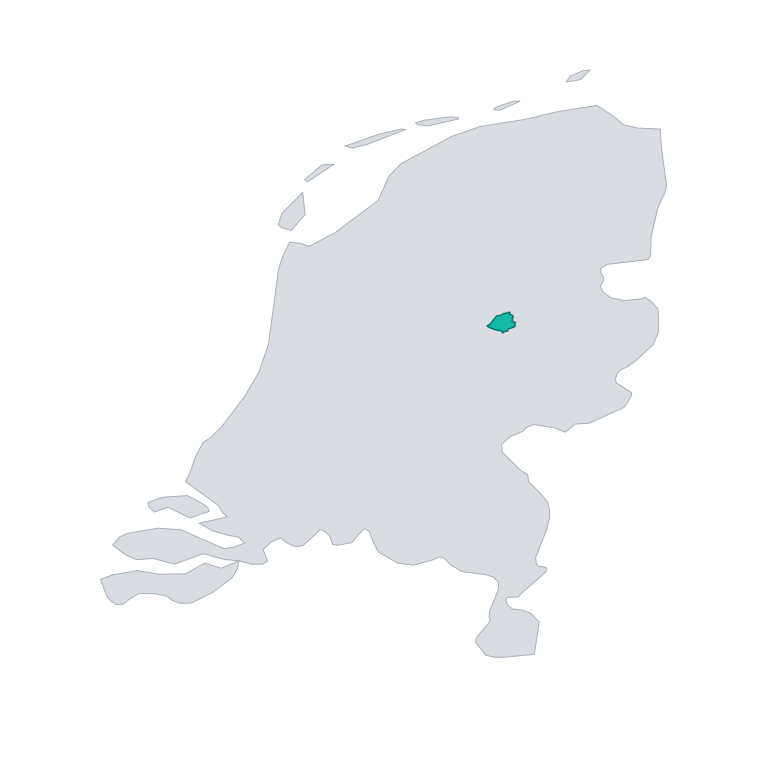 Heerde, Gelderland, Netherlands (highlighted), rotated 353°
{"feature_id": "6326949B25079542820913", "entity_name": "Heerde", "entity_type": "district", "adm_level": 2, "iso_a3": "NLD", "parent_name": "Netherlands", "parent_adm1": "Gelderland", "projection": "equal_earth", "projection_center": [6.06, 52.406], "detail": "fine", "context": "in_parent", "style": "filled", "palette": "teal", "viewbox_px": 768, "rotation_deg": 353, "n_neighbors": 0, "source": "geoboundaries", "source_scale": "gbopen_adm2", "svg_char_len": 6004}
<svg xmlns="http://www.w3.org/2000/svg" viewBox="0 0 768 768"><g transform="rotate(353 384 384)"><path d="M500.3,670.6L484.0,670.2L468.8,669.8L460.7,668.7L452.1,665.7L448.2,659.3L443.5,651.7L444.8,647.0L459.1,633.7L461.2,630.0L459.8,628.1L461.2,622.2L472.2,602.4L473.6,594.5L468.8,588.9L461.7,585.6L438.8,579.8L427.9,571.5L422.9,564.3L417.8,562.3L410.3,564.7L391.3,567.4L375.9,563.5L357.7,549.9L353.6,537.7L351.4,528.4L346.9,525.2L340.7,530.0L332.9,537.5L317.6,538.4L313.3,536.7L312.6,532.5L311.7,528.5L307.6,523.5L303.1,520.7L283.5,534.7L276.3,534.7L267.3,529.3L262.8,524.0L252.9,527.0L243.8,533.5L246.8,545.7L241.9,548.0L230.9,546.9L218.5,541.8L204.6,538.8L183.6,530.4L154.1,537.2L133.7,529.0L116.7,528.2L106.3,521.7L95.1,510.8L103.3,503.5L111.1,501.0L142.2,499.6L164.8,504.0L205.1,527.9L215.4,527.7L226.3,524.7L220.8,518.2L210.7,515.1L195.7,508.7L183.7,499.7L212.1,496.8L208.2,492.1L204.6,484.2L175.1,456.6L180.3,449.1L188.0,433.1L197.5,419.8L205.0,416.3L217.4,406.9L244.2,379.4L261.3,357.0L274.2,330.5L293.2,257.7L298.7,245.4L307.7,231.7L318.7,234.3L326.4,238.2L353.7,227.9L400.6,201.1L414.5,178.0L428.0,167.3L481.6,146.4L511.2,140.1L556.8,138.5L589.8,134.8L629.3,133.5L644.5,146.3L653.3,155.8L667.4,161.0L689.3,164.6L688.1,183.3L688.6,220.2L687.0,226.8L677.3,242.4L667.0,270.5L664.3,289.0L661.2,292.6L619.5,292.5L613.5,295.7L612.7,299.7L614.8,304.4L613.9,309.2L610.6,313.1L612.4,319.2L619.7,326.2L632.9,330.5L647.1,330.9L654.4,330.1L659.7,335.1L665.0,342.8L664.7,352.5L662.7,365.6L656.1,377.6L636.8,391.5L628.2,396.4L620.1,398.9L616.2,402.6L614.4,407.3L614.8,411.4L628.6,422.6L628.3,425.2L624.4,431.0L619.1,436.5L583.5,447.9L568.8,447.0L560.4,452.7L557.8,453.8L548.5,448.5L527.8,442.5L519.9,444.6L515.6,447.9L502.5,451.9L493.2,458.2L493.1,466.2L509.7,487.1L515.5,491.2L515.8,499.1L523.9,508.9L532.1,521.2L533.0,529.0L532.0,537.0L527.8,548.2L513.4,574.6L513.2,579.7L514.4,583.5L519.4,584.6L523.1,586.6L522.0,590.1L495.0,608.5L491.6,611.7L480.2,610.8L478.5,613.8L480.0,618.8L484.4,623.1L494.1,625.4L502.4,630.1L509.0,639.2L500.3,670.6ZM218.5,541.8L216.0,549.4L209.7,557.8L188.4,570.0L166.3,577.9L154.9,576.9L147.2,572.8L143.0,568.4L131.3,564.2L115.1,562.1L105.0,566.6L97.7,570.9L91.4,570.2L86.7,566.6L83.2,561.1L78.7,543.6L90.9,540.4L117.0,539.2L137.1,545.3L163.7,548.3L184.2,539.9L200.1,547.0L218.5,541.8ZM175.3,470.8L190.7,481.8L193.9,485.3L195.1,489.0L175.3,493.4L154.5,480.0L140.5,483.1L135.4,476.8L135.4,472.8L149.9,469.4L175.3,470.8ZM326.4,206.2L310.7,220.2L301.2,216.3L298.5,213.0L303.4,202.2L326.6,184.1L326.4,206.2ZM395.8,144.3L381.2,145.9L374.5,143.1L409.8,135.4L432.1,133.0L436.1,134.1L395.8,144.3ZM490.4,130.0L459.5,133.2L449.0,130.8L447.3,128.5L455.7,127.2L482.1,126.8L490.2,128.8L490.4,130.0ZM361.6,159.6L332.5,174.0L330.1,171.7L348.8,159.1L361.6,159.6ZM616.4,105.8L601.9,106.5L606.1,101.3L619.5,97.4L626.7,97.4L616.4,105.8ZM553.7,119.8L531.7,126.5L526.4,125.1L527.7,123.2L547.0,119.0L553.7,119.8Z" fill="#d9dde1" stroke="#a8b0b8" stroke-width="1"/><path d="M517.7,328.2L517.4,328.1L517.2,328.2L516.9,328.4L516.7,328.4L516.4,328.6L516.3,328.4L516.2,328.3L516.1,328.2L515.7,328.1L515.4,328.2L514.4,328.4L514.3,328.5L513.8,328.6L513.5,328.6L513.2,328.7L512.7,328.7L512.2,328.7L511.4,328.7L510.7,329.0L508.8,329.6L508.3,329.8L507.4,330.1L507.0,330.2L505.0,330.1L504.7,330.1L504.2,330.1L503.9,330.4L503.7,330.6L503.4,330.8L502.8,331.4L502.6,331.6L502.4,331.8L502.2,332.0L501.3,332.8L500.9,333.2L500.9,333.3L500.7,333.5L500.4,333.7L500.2,333.9L499.9,334.2L499.8,334.4L499.5,334.6L499.4,334.7L499.4,334.8L499.2,335.0L498.9,335.3L498.7,335.5L498.4,335.9L498.2,336.1L498.0,336.3L497.6,336.6L497.4,336.8L497.2,337.0L496.7,337.3L496.2,337.7L496.1,337.8L495.9,337.9L495.0,338.2L494.8,338.3L494.6,338.4L494.4,338.4L494.1,338.5L493.8,338.7L493.7,338.8L493.6,339.2L494.6,340.3L495.4,340.7L496.1,341.1L497.1,341.6L497.7,341.9L497.8,342.0L498.4,342.3L498.5,342.4L498.7,342.5L499.0,342.6L499.4,342.8L499.5,342.9L500.0,343.2L501.0,343.6L501.3,343.7L501.9,344.0L502.6,344.3L502.8,344.4L503.1,344.5L503.4,344.6L503.5,344.6L503.8,344.7L503.9,344.8L504.0,344.8L506.1,345.3L506.3,345.4L506.8,345.6L506.8,345.8L506.7,345.9L506.9,346.1L507.0,346.2L507.3,346.5L507.4,346.4L507.5,346.4L507.8,346.3L508.1,346.2L508.1,346.4L508.0,346.7L508.0,346.8L508.0,347.2L508.0,347.3L508.0,347.6L508.3,347.5L508.5,347.5L508.6,347.4L508.8,347.3L508.9,347.2L509.0,347.2L509.2,346.9L509.3,346.9L509.5,346.8L509.6,346.7L509.8,346.7L510.1,346.6L510.5,346.6L510.8,346.6L511.2,346.6L511.3,346.6L511.6,346.6L512.0,346.6L512.4,346.5L513.0,346.5L513.2,346.4L513.5,346.1L513.6,345.9L513.6,345.7L513.7,345.4L513.7,345.2L513.8,345.0L513.8,344.9L514.0,344.7L514.3,344.5L514.5,344.4L514.8,344.4L515.0,344.3L515.3,344.3L515.6,344.2L515.8,344.2L516.1,344.2L516.4,344.1L516.9,344.0L517.3,343.9L517.5,343.8L517.8,343.8L518.2,343.7L518.6,343.6L518.8,343.5L519.2,343.5L519.4,343.4L519.6,343.4L519.9,343.3L520.0,343.2L520.3,343.1L520.5,343.0L520.6,342.9L520.8,342.8L520.9,342.6L521.0,342.5L521.1,342.4L521.2,342.2L521.3,342.1L521.3,341.9L521.3,341.6L521.3,341.4L521.2,341.0L521.2,340.8L521.2,340.7L521.2,340.4L521.2,340.2L521.3,340.1L521.6,339.6L521.8,339.4L521.9,339.2L522.0,339.1L522.0,338.9L521.9,338.9L521.5,339.0L521.4,338.9L521.2,338.9L521.1,338.7L520.9,338.5L520.7,338.5L520.6,338.4L520.4,338.4L520.2,338.4L520.0,338.2L519.9,338.1L519.8,337.9L519.7,337.9L519.7,337.7L519.4,337.5L519.3,337.4L518.9,337.4L519.0,337.1L519.0,336.9L519.2,336.6L519.3,336.6L519.3,336.4L519.4,336.2L519.5,336.1L519.5,335.9L519.4,335.8L519.3,335.6L519.3,335.2L519.4,334.9L519.5,334.8L519.5,334.7L519.6,334.4L519.7,334.2L519.8,334.1L520.1,333.7L520.0,333.4L520.0,333.2L519.9,333.1L519.8,332.9L519.9,332.7L520.0,332.6L520.1,332.4L520.3,332.4L520.1,332.1L519.9,331.9L519.5,331.4L519.4,331.4L519.3,331.2L519.2,331.1L518.9,331.0L518.8,330.9L518.7,330.9L518.3,330.7L518.2,330.6L518.0,330.4L517.9,330.4L517.7,330.2L517.6,329.9L517.5,329.6L517.5,329.4L517.6,329.2L517.6,328.9L517.7,328.7L517.7,328.4L517.7,328.2Z" fill="#14b8a6" stroke="#0f766e" stroke-width="1.5"/></g></svg>